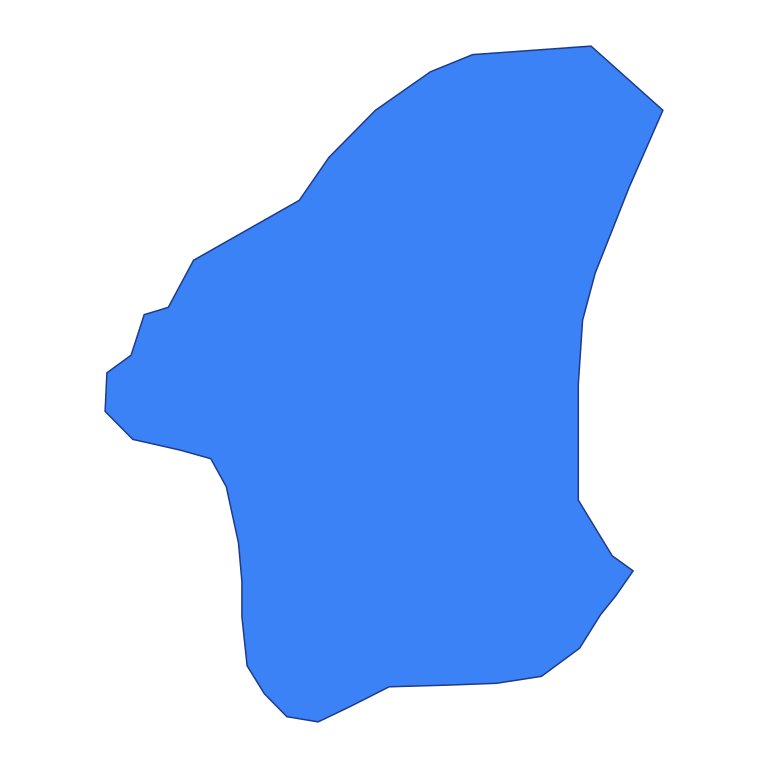 the district of Avgolida, Cyprus
{"feature_id": "46923920B2873986073585", "entity_name": "Avgolida", "entity_type": "district", "adm_level": 2, "iso_a3": "CYP", "parent_name": "Cyprus", "parent_adm1": "", "projection": "natural_earth1", "projection_center": [33.958, 35.353], "detail": "fine", "context": "isolated", "style": "filled", "palette": "blue", "viewbox_px": 768, "rotation_deg": 0, "n_neighbors": 0, "source": "geoboundaries", "source_scale": "gbopen_adm2", "svg_char_len": 632}
<svg xmlns="http://www.w3.org/2000/svg" viewBox="0 0 768 768"><path d="M591.0,46.1L472.6,54.6L430.4,71.8L375.4,110.3L328.9,157.4L299.3,200.3L193.6,260.2L168.3,307.3L151.7,312.4L144.2,314.6L131.1,355.2L106.9,372.8L105.1,411.4L132.8,439.4L179.6,450.0L210.8,458.7L226.3,486.8L238.5,543.0L241.9,581.6L241.9,616.6L247.1,665.8L264.4,693.8L286.9,716.7L318.1,721.9L351.0,706.1L389.1,686.8L448.0,685.1L496.5,683.3L541.5,676.3L579.6,648.2L600.4,614.9L615.9,595.6L633.1,570.9L612.2,555.8L578.3,500.1L578.3,427.3L578.3,384.4L582.6,320.2L595.2,273.1L629.1,187.4L662.9,110.3L591.0,46.1Z" fill="#3b82f6" stroke="#1e3a8a" stroke-width="1.5"/></svg>